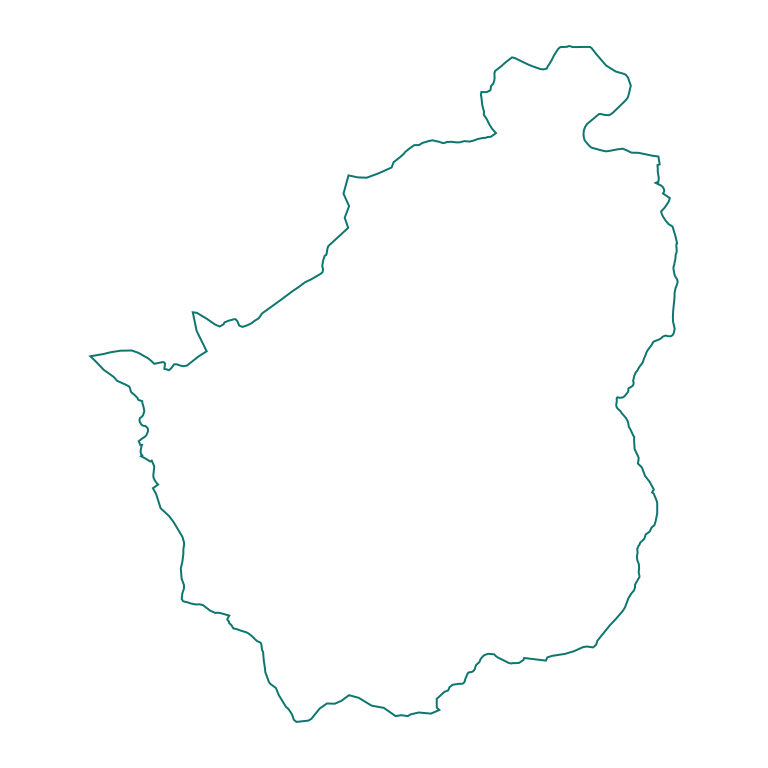 outline of Sohodol, Alba, Romania
{"feature_id": "2599482B95775637612749", "entity_name": "Sohodol", "entity_type": "district", "adm_level": 2, "iso_a3": "ROU", "parent_name": "Romania", "parent_adm1": "Alba", "projection": "mercator", "projection_center": [22.993, 46.327], "detail": "fine", "context": "isolated", "style": "outline", "palette": "teal", "viewbox_px": 768, "rotation_deg": 0, "n_neighbors": 0, "source": "geoboundaries", "source_scale": "gbopen_adm2", "svg_char_len": 6081}
<svg xmlns="http://www.w3.org/2000/svg" viewBox="0 0 768 768"><path d="M439.3,710.0L436.8,707.6L436.7,698.9L444.5,691.8L448.2,690.4L449.5,687.2L452.6,684.8L458.8,683.8L462.2,683.8L463.7,683.0L464.6,681.6L465.3,679.1L467.8,673.2L469.1,672.3L471.6,672.0L473.2,671.2L474.7,669.3L475.6,666.3L476.2,664.9L479.4,662.1L480.7,658.9L483.2,656.0L484.4,655.1L488.1,653.8L494.1,654.3L496.1,656.3L497.9,657.5L508.9,663.0L511.4,663.5L513.1,663.0L515.0,663.2L519.3,662.8L523.5,659.9L524.2,658.0L545.9,660.6L547.4,657.4L552.0,655.9L565.0,653.9L574.0,651.2L582.8,647.2L586.7,646.5L593.2,647.4L596.2,644.6L597.4,640.7L609.7,625.5L616.2,618.6L623.0,610.6L625.0,607.4L628.4,598.3L631.2,593.7L634.0,590.4L635.0,587.5L635.0,585.2L635.8,583.2L639.4,577.1L639.4,575.6L638.8,573.1L638.7,571.9L639.1,568.3L638.9,564.4L637.3,560.1L636.9,556.6L637.6,552.5L637.2,549.1L638.4,546.1L639.6,544.5L640.1,542.8L644.2,539.0L645.7,534.4L649.6,531.7L651.6,527.5L654.4,525.2L655.6,521.3L657.2,513.5L657.2,503.1L656.7,500.9L653.7,493.6L652.1,492.4L652.8,491.0L653.5,490.2L653.8,489.4L649.6,481.8L645.1,476.0L641.9,467.5L637.9,463.5L638.7,458.5L638.3,456.8L634.6,449.1L634.1,440.2L634.2,437.1L632.9,434.8L630.2,429.0L628.8,426.7L628.3,423.4L627.4,420.4L625.6,417.6L621.6,413.0L620.4,411.1L617.5,408.5L616.5,406.7L616.2,405.1L616.9,400.1L616.6,398.9L617.0,397.6L617.6,397.3L619.0,397.7L620.6,397.8L622.8,397.4L624.7,396.1L627.9,392.1L628.2,391.4L628.4,388.8L628.7,388.2L631.1,387.0L632.7,385.7L633.5,384.2L633.6,382.7L633.1,380.5L633.4,379.8L634.2,375.9L635.8,372.4L637.2,370.8L639.2,367.1L642.7,362.6L644.0,358.5L645.5,355.3L646.2,353.0L647.5,350.4L651.6,345.0L653.1,342.3L654.0,341.4L657.7,340.1L660.9,338.5L662.5,336.9L664.2,336.0L665.7,335.6L668.1,336.2L670.3,336.3L671.5,335.9L672.7,335.0L673.8,333.0L674.7,328.8L673.0,321.4L672.9,316.7L673.2,310.4L674.5,297.7L674.6,293.0L674.8,291.6L675.2,290.1L675.5,288.3L675.9,287.1L676.4,286.2L677.5,282.7L677.6,281.2L677.2,279.6L674.9,275.8L674.3,273.7L673.4,268.3L673.5,266.9L674.4,264.1L674.5,262.7L675.5,258.4L675.6,255.1L676.7,251.7L676.7,250.0L676.3,245.7L676.5,243.9L677.1,243.4L675.3,235.6L672.5,226.5L668.6,224.1L665.6,220.6L662.9,216.4L661.7,213.8L661.1,211.4L664.4,208.0L666.7,204.7L668.3,202.3L669.4,199.7L669.8,198.1L663.0,193.5L663.7,192.4L664.3,190.9L663.9,189.0L662.8,187.1L661.4,185.7L655.6,182.9L656.8,182.3L658.3,182.2L658.8,178.3L657.7,171.3L657.8,169.4L657.5,165.1L659.7,164.4L658.4,156.5L652.3,155.7L638.5,152.8L632.2,152.7L630.8,152.4L627.1,150.5L622.8,148.7L617.2,149.4L608.3,151.1L605.8,151.3L602.3,150.6L591.3,147.6L588.3,144.8L584.7,140.4L583.8,137.2L583.5,134.3L583.9,130.2L585.2,126.8L587.2,123.9L598.8,114.2L600.1,113.9L604.6,114.9L609.0,115.2L610.6,114.4L613.0,112.6L625.1,100.9L627.6,97.9L628.5,95.3L630.8,85.6L628.0,77.6L625.9,74.9L624.3,74.0L615.7,71.5L606.2,65.6L596.7,54.6L591.4,47.9L590.0,47.0L587.0,46.9L572.8,47.1L570.1,46.2L568.7,46.1L567.1,46.8L560.3,47.1L558.2,48.9L554.0,55.4L551.7,60.1L549.3,64.1L547.7,66.4L546.7,68.6L543.3,69.4L539.9,68.9L533.9,66.8L528.3,64.6L514.7,58.0L512.0,57.4L505.5,62.4L501.4,66.1L495.2,70.9L494.4,73.2L494.6,77.9L494.3,80.4L493.3,83.5L491.0,86.2L490.7,88.8L490.3,90.3L487.4,91.8L485.6,92.2L481.4,92.0L480.9,94.9L481.5,98.1L482.3,105.5L484.0,111.6L483.8,115.1L485.1,116.5L487.1,119.8L489.4,124.5L492.2,128.9L496.0,133.1L490.8,136.8L487.6,137.0L485.9,137.8L482.6,138.0L477.5,139.1L473.9,140.5L469.6,141.6L464.4,141.1L459.9,142.3L456.2,142.4L451.9,141.8L446.8,142.0L445.0,142.8L442.9,143.1L439.2,141.8L432.4,140.3L428.2,141.2L422.3,143.0L419.2,145.0L414.1,145.2L409.2,148.7L405.4,151.8L403.5,154.1L400.1,157.1L393.6,162.2L391.6,167.5L377.9,173.6L366.7,177.7L357.9,177.4L348.5,175.4L343.5,193.7L349.1,206.1L344.7,217.7L348.2,227.8L328.3,246.1L327.5,248.3L326.6,253.9L326.1,255.0L324.8,255.7L323.3,259.8L322.2,266.1L323.1,269.2L322.5,272.3L320.7,273.8L311.1,279.4L305.1,282.2L298.6,287.1L293.2,290.7L276.7,302.9L262.2,313.3L258.7,318.3L254.8,320.7L251.2,323.4L247.0,325.4L242.5,326.9L239.4,325.7L238.3,323.5L237.5,321.4L235.7,319.3L234.2,319.2L228.3,320.8L224.5,322.4L223.4,324.4L219.7,326.5L215.2,324.6L206.5,318.6L196.8,312.8L192.8,312.3L196.6,330.8L206.7,351.3L199.0,356.1L186.9,365.6L183.2,366.2L180.0,365.5L177.2,364.4L175.0,364.2L173.7,364.6L172.7,366.3L170.8,368.7L168.9,370.2L168.1,370.0L167.4,369.6L164.4,368.9L164.6,366.6L165.1,363.8L164.4,362.6L163.3,362.1L162.1,362.2L154.2,363.8L151.0,360.7L147.9,358.2L138.3,352.8L131.8,350.5L120.5,350.7L110.4,352.3L104.1,353.9L90.4,356.3L96.2,361.9L103.6,369.7L113.8,377.0L117.1,380.8L125.8,384.7L129.1,386.5L129.7,387.4L130.5,389.9L130.7,391.3L131.4,392.4L134.2,394.6L136.4,396.8L137.6,398.0L137.9,399.2L138.8,400.1L142.2,401.1L142.4,403.1L143.6,407.3L144.3,411.2L143.1,415.1L142.0,416.6L139.9,418.2L139.5,419.6L139.5,420.8L139.9,422.1L141.2,424.3L142.3,425.3L143.3,425.8L145.2,426.0L146.4,426.8L147.8,428.4L148.0,431.4L146.4,435.1L144.8,436.9L142.6,438.2L138.7,441.2L139.4,442.5L140.2,444.8L142.0,444.9L141.4,446.5L141.1,448.1L140.7,450.5L140.6,452.3L141.3,454.5L142.2,455.2L141.0,456.2L145.2,458.4L150.2,461.5L151.7,460.6L154.2,466.2L154.2,467.3L153.3,475.3L153.5,477.7L154.8,480.4L156.7,483.1L158.1,484.6L152.9,488.2L156.1,493.9L160.6,508.2L169.1,516.1L173.6,522.1L182.4,536.8L184.0,542.3L184.1,545.1L183.4,548.9L183.3,554.5L182.3,562.1L180.8,568.4L181.6,578.6L184.0,585.1L183.9,588.8L182.3,593.5L181.7,599.0L183.2,601.3L188.4,602.6L190.5,603.4L195.9,604.5L199.6,604.3L202.9,605.1L210.1,610.6L215.4,613.0L217.5,612.7L220.2,613.0L229.3,615.6L227.6,618.5L227.3,619.6L229.0,621.7L229.1,623.0L231.3,625.0L233.4,628.4L234.3,628.7L235.8,628.8L241.9,631.0L246.1,632.2L248.6,633.5L251.6,635.9L256.9,641.0L260.6,642.7L261.4,644.8L262.0,649.8L263.1,652.0L263.7,659.8L265.0,668.6L265.3,672.1L268.8,681.7L270.0,683.6L275.9,688.0L278.8,695.1L286.1,707.1L287.8,708.3L288.9,709.6L292.1,714.6L293.8,719.7L296.4,721.9L308.4,720.6L311.5,718.7L319.7,708.5L326.9,703.5L334.8,703.7L341.4,700.8L349.0,695.2L358.7,697.8L371.5,705.6L383.9,707.9L395.6,716.1L401.3,715.2L407.8,716.1L410.5,714.4L418.7,712.5L430.9,713.6L439.3,710.0Z" fill="none" stroke="#0f766e" stroke-width="2"/></svg>